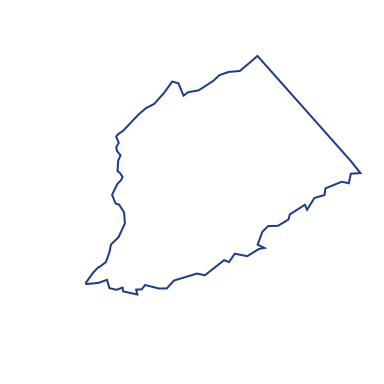 the district of Dixie, Florida, United States of America, rotated 49°
{"feature_id": "52423323B96529923169881", "entity_name": "Dixie", "entity_type": "district", "adm_level": 2, "iso_a3": "USA", "parent_name": "United States of America", "parent_adm1": "Florida", "projection": "equal_earth", "projection_center": [-83.166, 29.557], "detail": "fine", "context": "isolated", "style": "outline", "palette": "blue", "viewbox_px": 384, "rotation_deg": 49, "n_neighbors": 0, "source": "geoboundaries", "source_scale": "gbopen_adm2", "svg_char_len": 1096}
<svg xmlns="http://www.w3.org/2000/svg" viewBox="0 0 384 384"><g transform="rotate(49 192 192)"><path d="M95.7,134.5L98.9,148.2L100.7,162.7L98.5,171.8L98.4,180.8L100.6,204.5L99.9,209.6L100.4,212.8L106.8,215.0L108.6,219.9L112.1,221.8L117.4,221.8L120.0,227.3L127.4,234.5L130.5,233.9L135.1,234.5L136.6,238.0L136.9,242.9L141.7,254.2L150.6,257.2L153.8,255.3L163.0,256.7L171.7,263.3L177.9,277.0L178.5,287.7L182.9,293.2L188.4,303.0L187.9,311.1L187.3,311.8L187.9,318.9L190.8,331.4L192.1,332.2L199.2,322.3L202.5,313.8L210.4,317.4L216.3,313.1L218.5,307.1L221.8,309.2L233.5,300.5L229.0,298.2L232.4,294.0L231.5,288.4L243.2,280.2L248.2,274.4L247.0,263.6L256.9,241.6L263.3,236.9L264.5,212.5L269.2,210.1L266.6,200.2L276.7,192.4L278.9,178.8L281.7,174.1L274.8,177.0L268.2,165.0L267.7,156.8L274.0,149.2L276.0,137.2L273.1,132.9L275.7,115.2L280.9,116.8L276.8,103.6L281.2,94.0L276.8,88.9L282.5,72.2L288.3,67.9L282.4,60.1L288.2,52.5L273.1,51.8L132.3,53.3L132.1,76.4L125.4,85.6L121.8,94.6L122.1,103.3L119.6,120.3L114.2,129.4L113.7,135.2L101.1,130.9L95.7,134.5Z" fill="none" stroke="#1e3a8a" stroke-width="2"/></g></svg>